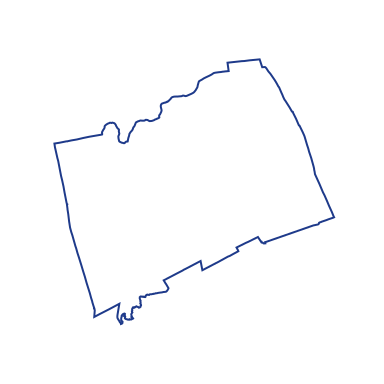 Ciolanesti, Teleorman, Romania (Albers equal-area conic projection), rotated 101°
{"feature_id": "2599482B19032690009804", "entity_name": "Ciolanesti", "entity_type": "district", "adm_level": 2, "iso_a3": "ROU", "parent_name": "Romania", "parent_adm1": "Teleorman", "projection": "albers", "projection_center": [25.104, 44.33], "detail": "fine", "context": "isolated", "style": "outline", "palette": "blue", "viewbox_px": 384, "rotation_deg": 101, "n_neighbors": 0, "source": "geoboundaries", "source_scale": "gbopen_adm2", "svg_char_len": 5907}
<svg xmlns="http://www.w3.org/2000/svg" viewBox="0 0 384 384"><g transform="rotate(101 192 192)"><path d="M333.3,264.1L329.1,258.9L323.0,251.1L315.6,242.0L326.6,241.7L327.9,241.6L329.0,241.4L329.9,241.1L330.7,240.5L332.0,239.3L332.9,238.4L333.2,238.3L333.6,237.9L334.5,236.8L334.7,236.6L335.1,236.5L334.7,235.8L334.6,235.7L334.0,235.6L334.0,235.4L333.9,235.3L332.8,235.4L332.6,235.4L332.4,235.6L332.5,235.8L332.3,236.0L332.1,236.4L331.2,237.1L330.2,237.2L329.6,237.4L328.6,237.4L327.9,237.2L327.4,237.4L327.2,237.5L326.3,237.2L325.2,236.6L325.2,236.3L325.2,236.1L325.0,235.9L324.5,235.7L324.2,235.1L324.3,234.8L324.4,234.6L325.2,234.7L325.6,234.4L325.9,234.4L326.8,235.0L326.9,234.8L326.6,234.5L326.6,234.4L326.6,234.2L326.8,234.0L327.2,233.7L328.1,233.8L328.7,233.8L329.0,233.5L329.3,232.8L329.4,231.3L329.5,231.0L329.4,230.8L329.5,230.2L329.3,229.2L328.8,229.1L328.7,228.8L328.7,228.6L328.9,228.2L328.8,227.4L327.9,226.3L327.5,225.7L327.3,225.6L327.2,225.7L327.2,226.2L327.1,226.7L326.3,227.7L326.1,227.7L325.9,227.3L325.8,227.2L324.9,227.8L323.6,228.3L323.1,228.2L322.7,228.0L321.6,227.6L321.4,227.9L321.2,228.0L320.4,228.3L319.9,228.0L319.7,228.0L319.1,228.2L318.7,228.4L318.0,228.4L317.5,228.2L317.0,228.1L316.4,227.8L316.4,227.5L316.7,227.2L316.8,226.9L316.7,226.8L316.3,226.9L316.1,226.8L316.0,226.6L316.1,226.1L316.0,225.8L315.4,225.4L314.8,224.8L314.8,224.7L315.1,224.1L315.2,223.8L315.1,223.1L315.6,222.3L315.7,222.1L315.5,221.8L315.4,221.4L315.1,221.1L314.9,221.0L314.4,220.6L314.0,220.7L313.8,220.7L313.4,220.7L313.0,220.4L312.8,220.4L312.0,220.8L311.6,221.2L311.2,221.5L310.7,221.3L309.7,221.5L309.3,221.8L308.8,221.8L308.4,221.8L308.2,222.1L307.7,222.3L306.5,223.0L305.2,223.2L304.5,222.7L304.3,222.4L304.3,222.2L304.4,221.8L304.4,221.6L304.1,221.1L304.3,220.5L304.3,220.3L304.3,220.0L303.9,219.4L304.2,218.9L304.1,217.9L303.9,217.7L302.5,217.6L302.1,217.2L301.9,216.9L301.6,216.9L301.4,216.6L301.2,216.1L301.2,215.8L301.3,215.1L301.2,214.4L300.6,214.0L300.4,213.7L300.1,212.2L299.3,210.5L299.4,210.4L298.7,208.8L298.4,208.5L298.1,207.2L297.5,206.0L296.6,203.4L296.4,202.6L295.6,200.9L295.2,199.4L294.8,198.5L294.6,198.2L294.0,197.8L293.0,197.3L291.2,196.7L290.8,196.8L288.9,198.5L288.2,199.1L287.2,200.0L286.9,200.4L284.1,202.9L275.5,192.1L274.7,191.1L271.0,186.4L269.6,184.9L268.9,183.9L258.1,170.4L266.8,166.9L256.9,154.5L256.5,153.9L250.0,146.1L248.5,144.3L247.6,142.8L244.8,139.5L241.3,135.2L240.2,135.9L238.0,137.7L232.1,130.0L231.7,129.5L230.2,127.3L223.6,118.7L227.8,114.6L227.6,114.5L227.5,114.3L228.3,113.7L228.3,112.7L228.8,112.0L228.7,111.2L228.4,110.2L227.2,110.6L226.7,109.5L201.6,66.4L201.3,65.6L199.8,62.1L199.3,61.6L198.7,61.4L198.0,61.4L197.6,61.0L196.8,59.5L196.5,59.2L194.0,54.8L192.8,52.9L190.4,48.7L189.7,47.7L188.8,48.4L185.1,50.8L179.2,55.0L175.0,57.8L170.1,61.2L167.3,63.4L159.7,68.5L151.0,74.7L148.7,75.5L146.9,76.3L145.8,76.6L143.6,77.6L136.0,81.4L130.2,84.7L126.9,86.3L123.9,88.0L116.2,92.0L115.2,92.6L112.2,94.7L106.5,99.0L106.3,99.2L106.2,99.4L106.2,99.8L100.3,103.8L95.1,107.8L94.1,108.3L94.0,108.5L94.1,108.9L94.0,109.2L90.3,112.4L84.7,117.7L83.6,118.9L81.3,120.6L79.1,122.0L77.6,123.1L72.6,126.5L71.9,127.4L69.9,129.0L67.7,130.9L67.1,131.5L66.6,131.9L61.0,137.6L59.1,140.0L56.3,142.7L55.8,143.4L55.5,143.8L55.5,144.3L55.5,144.6L56.1,146.9L48.9,150.9L51.8,160.7L53.5,165.8L54.0,167.9L54.4,169.2L58.3,181.8L66.3,179.1L67.0,181.4L67.4,182.8L67.7,183.6L68.0,184.7L68.7,186.5L69.2,188.2L70.4,191.8L71.0,193.2L71.3,193.5L72.0,194.3L72.8,195.0L74.5,197.1L76.6,200.0L78.3,202.2L79.7,203.6L81.7,206.0L82.0,206.2L82.6,206.4L85.9,206.7L88.0,206.7L88.8,206.9L89.2,207.1L91.3,207.8L93.4,208.9L94.3,209.6L95.7,211.3L98.7,215.6L98.9,216.1L99.1,216.6L99.1,217.2L99.0,218.3L99.0,218.8L99.1,219.3L99.2,219.5L99.8,220.3L100.0,220.7L100.5,222.6L101.0,224.2L101.7,227.5L101.9,228.0L102.6,229.4L102.9,229.7L103.3,230.1L103.8,230.4L104.4,230.6L107.0,232.3L108.0,233.1L108.4,233.7L108.2,233.8L109.3,235.2L109.5,235.5L109.6,236.2L110.0,236.7L110.9,238.3L111.5,238.8L112.0,238.9L112.4,239.1L113.3,239.1L114.3,238.9L115.2,238.5L116.7,237.8L117.5,237.5L118.0,237.4L119.2,237.5L120.4,237.8L121.9,238.2L122.9,238.8L123.3,238.8L124.4,238.6L125.0,238.3L125.3,238.4L126.6,240.0L126.8,240.5L127.2,240.9L128.1,242.4L128.6,242.8L129.0,243.4L129.9,245.0L130.2,246.0L130.5,247.1L130.5,247.4L130.0,248.8L129.8,249.5L129.9,250.7L129.9,251.0L130.0,251.2L130.2,251.5L130.7,251.9L130.9,252.2L131.2,252.9L131.5,254.5L131.6,255.9L131.7,256.4L132.5,257.6L133.0,258.6L134.3,260.2L134.8,260.4L138.0,261.0L139.0,261.4L139.4,261.7L140.3,262.0L142.1,262.2L143.6,262.9L144.8,263.7L146.8,264.5L148.8,264.5L151.1,264.8L154.7,264.8L154.8,265.0L154.9,265.7L155.2,266.3L155.7,266.8L156.7,267.4L156.9,267.6L157.1,268.1L157.0,269.2L157.0,270.4L156.5,272.4L156.4,272.7L156.0,273.2L153.6,274.3L151.6,274.9L151.1,274.9L149.9,274.6L148.6,274.5L146.7,275.3L146.0,275.5L145.2,275.5L144.8,275.6L144.4,275.9L143.8,277.0L143.6,277.3L141.7,279.0L140.6,279.7L140.1,280.2L139.3,281.3L139.2,282.2L139.1,283.2L139.2,283.6L139.3,283.8L139.6,284.1L139.6,285.1L139.6,285.6L139.7,285.9L140.1,286.3L141.1,287.9L142.5,289.3L143.6,290.1L144.2,290.3L145.3,290.1L146.0,290.2L146.5,290.3L148.0,291.0L150.3,291.7L150.7,291.7L152.4,291.2L152.5,291.2L152.5,291.5L152.9,291.8L153.1,292.1L157.4,303.5L159.7,309.0L162.4,315.0L164.4,320.3L165.9,323.8L166.1,324.1L166.2,324.7L166.3,325.1L168.9,331.4L170.7,336.3L174.4,335.0L175.7,334.4L184.4,330.6L187.0,329.3L201.2,323.6L205.3,321.7L211.1,319.2L216.6,317.1L226.0,313.3L227.1,312.8L227.7,312.4L227.8,312.2L228.1,312.4L232.3,311.0L232.8,310.9L237.2,309.3L245.0,306.8L245.2,306.7L250.2,304.9L254.3,302.9L257.5,301.1L267.6,296.0L269.1,295.1L273.9,292.7L278.2,290.3L285.1,286.6L291.0,283.5L295.8,280.9L301.2,278.2L310.8,273.0L315.3,270.8L318.2,269.2L319.4,268.7L323.5,266.5L323.9,266.2L325.0,266.0L325.0,265.6L326.7,264.9L327.4,264.8L333.3,264.1Z" fill="none" stroke="#1e3a8a" stroke-width="2"/></g></svg>